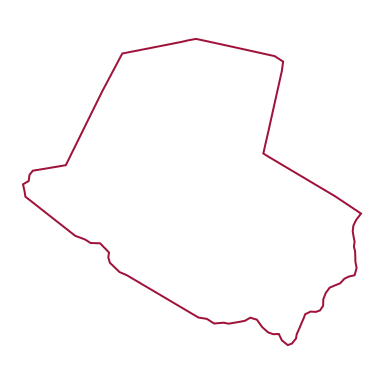 outline of Batalha, Alagoas, Brazil
{"feature_id": "56859067B6821079031532", "entity_name": "Batalha", "entity_type": "district", "adm_level": 2, "iso_a3": "BRA", "parent_name": "Brazil", "parent_adm1": "Alagoas", "projection": "albers", "projection_center": [-37.075, -9.708], "detail": "fine", "context": "isolated", "style": "outline", "palette": "rose", "viewbox_px": 384, "rotation_deg": 0, "n_neighbors": 0, "source": "geoboundaries", "source_scale": "gbopen_adm2", "svg_char_len": 1030}
<svg xmlns="http://www.w3.org/2000/svg" viewBox="0 0 384 384"><path d="M283.1,61.6L274.6,56.1L206.4,41.1L196.0,38.9L188.4,40.3L181.9,41.8L122.3,53.5L102.1,91.6L65.8,165.2L32.8,170.7L29.5,174.8L28.7,181.0L23.0,184.3L24.5,191.0L25.4,196.7L75.3,235.9L81.2,238.0L85.4,239.7L90.6,243.0L100.1,243.3L109.0,252.5L108.3,257.5L109.9,262.8L119.6,272.1L126.8,275.2L198.4,317.5L206.9,318.9L214.1,323.5L223.7,322.7L228.5,323.7L239.8,321.8L244.9,320.8L250.3,317.7L256.9,319.7L262.1,327.0L268.0,332.3L273.2,334.2L278.8,334.0L281.9,340.4L287.8,345.1L292.0,343.5L296.0,338.5L296.7,334.2L299.1,329.0L301.5,323.2L303.5,318.7L305.2,314.2L310.6,311.6L315.9,311.9L320.0,310.4L323.1,305.8L323.3,299.3L325.8,292.9L329.6,287.7L334.2,285.7L340.2,283.3L344.3,278.8L348.7,276.6L354.6,275.2L356.6,268.0L355.4,261.6L355.3,256.6L355.1,251.4L353.9,246.8L354.6,241.8L353.7,237.3L352.7,231.3L353.4,225.5L356.2,219.9L361.0,213.6L335.3,196.4L270.6,158.0L263.3,153.5L268.5,130.8L271.5,117.3L281.9,70.7L283.1,61.6Z" fill="none" stroke="#9f1239" stroke-width="2"/></svg>